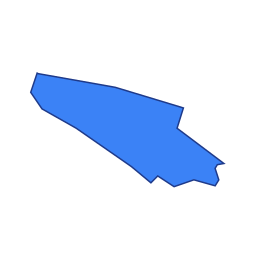 map outline of Merthyr Tydfil (Albers equal-area conic projection), rotated 142°
{"feature_id": "GBR-2114", "entity_name": "Merthyr Tydfil", "entity_type": "Unitary Authority (wales)", "adm_level": 1, "iso_a3": "GBR", "parent_name": "United Kingdom", "parent_adm1": "", "projection": "albers", "projection_center": [-3.362, 51.738], "detail": "fine", "context": "isolated", "style": "filled", "palette": "blue", "viewbox_px": 256, "rotation_deg": 142, "n_neighbors": 0, "source": "natural_earth", "source_scale": "10m", "svg_char_len": 380}
<svg xmlns="http://www.w3.org/2000/svg" viewBox="0 0 256 256"><g transform="rotate(142 128 128)"><path d="M143.7,70.7L149.1,95.6L169.0,159.8L184.0,196.0L182.7,216.0L165.8,227.2L165.3,226.1L113.0,167.9L72.0,109.7L89.5,97.6L74.3,41.0L80.2,44.1L84.2,42.6L88.4,31.2L94.9,28.8L108.0,46.6L127.8,53.4L134.1,71.9L143.7,70.7Z" fill="#3b82f6" stroke="#1e3a8a" stroke-width="1.5"/></g></svg>